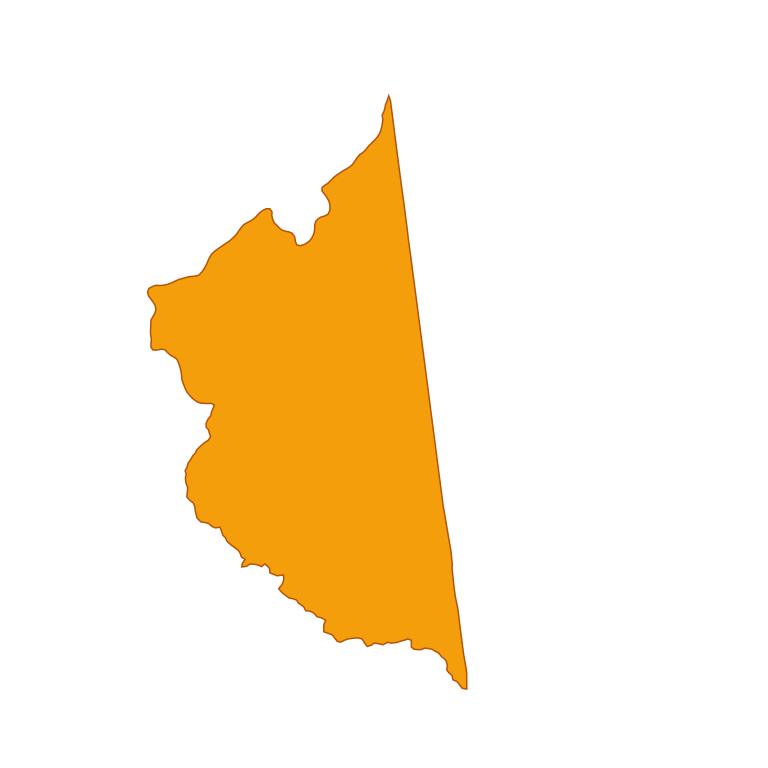 Ninheira, Minas Gerais, Brazil, rotated 36°
{"feature_id": "56859067B21814552382034", "entity_name": "Ninheira", "entity_type": "district", "adm_level": 2, "iso_a3": "BRA", "parent_name": "Brazil", "parent_adm1": "Minas Gerais", "projection": "natural_earth1", "projection_center": [-41.689, -15.315], "detail": "fine", "context": "isolated", "style": "filled", "palette": "amber", "viewbox_px": 768, "rotation_deg": 36, "n_neighbors": 0, "source": "geoboundaries", "source_scale": "gbopen_adm2", "svg_char_len": 3674}
<svg xmlns="http://www.w3.org/2000/svg" viewBox="0 0 768 768"><g transform="rotate(36 384 384)"><path d="M545.0,489.5L537.1,480.6L508.7,452.8L503.6,447.9L478.6,421.5L359.2,295.2L317.1,250.9L311.6,244.9L302.0,234.8L295.0,227.3L282.6,214.4L256.4,186.8L231.6,160.4L222.8,151.1L218.5,148.1L220.0,152.9L221.1,157.4L222.8,160.6L223.8,164.0L224.6,167.8L227.7,170.7L230.5,176.2L232.5,181.1L233.3,184.7L233.4,189.8L232.5,195.5L231.7,200.4L231.5,205.6L230.8,209.1L229.5,212.8L229.2,217.0L229.4,220.8L229.5,224.8L228.6,228.7L227.3,231.8L225.6,235.5L224.5,238.7L223.1,242.3L222.1,245.5L221.4,249.8L220.7,254.4L219.4,257.7L218.3,261.3L220.5,264.3L223.8,265.3L226.5,266.0L229.3,267.2L232.0,268.5L234.8,270.7L238.1,275.3L238.9,279.6L237.2,283.0L234.8,286.2L233.5,289.3L233.2,292.6L234.4,295.9L236.6,299.0L238.7,302.9L239.8,307.8L239.6,312.3L238.0,317.0L235.4,321.0L231.7,322.8L228.5,320.7L225.4,317.6L221.0,316.0L217.2,317.0L214.3,318.4L211.2,319.4L207.9,319.4L204.3,318.6L200.5,318.2L197.3,316.3L194.2,313.7L192.2,310.5L188.7,309.3L185.8,311.3L183.6,315.4L182.6,319.6L182.0,325.0L180.6,329.6L178.8,333.2L177.0,337.1L176.5,341.6L176.5,346.0L176.6,350.2L176.0,354.2L175.0,358.9L173.0,364.2L171.6,368.3L170.0,372.8L168.9,376.4L168.2,380.4L168.8,386.0L170.0,390.7L170.6,395.3L170.9,399.8L170.1,405.0L167.0,408.5L163.7,411.3L161.3,414.1L158.9,417.1L156.5,420.2L154.7,423.4L152.6,427.2L150.4,430.5L147.7,433.5L144.8,436.1L141.8,437.9L139.5,441.0L137.7,444.7L138.6,448.5L141.7,451.1L145.4,452.3L148.7,453.3L152.8,455.1L155.9,458.1L157.2,462.4L157.5,466.0L157.9,469.2L160.6,473.3L163.8,478.2L166.4,481.5L169.3,484.3L171.5,487.9L173.7,491.1L176.9,492.3L179.8,490.5L181.9,488.4L184.0,486.2L187.1,485.0L190.0,485.8L194.7,486.2L198.7,485.7L201.7,485.7L204.9,487.3L208.4,489.9L212.0,492.7L214.5,495.3L218.0,499.3L222.4,502.3L225.5,504.3L229.2,506.3L234.6,507.7L239.0,508.4L243.7,508.2L247.4,507.0L250.2,505.1L252.8,503.5L255.6,501.2L259.0,500.7L260.1,504.3L260.9,508.1L262.4,511.2L262.3,516.0L263.3,520.6L265.7,523.6L269.0,524.1L271.2,526.2L274.6,528.4L274.9,532.6L273.0,537.9L271.8,543.3L271.3,547.5L271.9,550.7L271.5,554.7L272.0,558.6L272.0,563.2L273.6,567.2L274.1,571.1L277.0,573.2L278.5,576.7L281.5,580.1L286.2,583.3L288.6,587.4L290.8,591.2L294.9,592.2L299.8,592.4L303.3,594.6L305.3,597.1L308.4,599.7L311.5,602.3L316.9,603.2L320.3,601.4L324.0,599.9L328.3,600.4L332.2,599.5L335.5,596.3L339.2,598.6L342.5,601.1L346.2,601.6L349.1,603.4L352.6,603.9L355.4,604.2L359.4,604.1L364.0,604.2L367.6,605.7L370.5,607.9L374.6,607.4L374.9,612.3L376.4,615.6L379.6,612.7L381.5,608.3L385.3,605.9L389.0,604.3L392.3,603.7L393.3,599.7L396.3,599.7L399.9,600.6L402.9,603.9L407.1,602.7L410.2,602.0L412.4,599.9L414.7,597.8L417.0,599.7L418.8,603.4L419.4,607.4L419.1,611.6L424.6,612.8L428.9,612.9L433.1,612.9L437.0,611.1L440.4,610.2L443.6,611.6L447.5,611.4L450.5,611.6L453.8,613.5L458.0,611.1L462.4,610.6L466.5,611.6L470.7,610.0L475.6,609.3L476.7,613.9L478.8,616.8L480.9,619.9L485.6,618.4L489.8,617.4L493.5,618.6L497.5,619.6L500.6,618.4L502.5,614.7L505.0,611.2L507.2,609.0L509.7,606.7L512.6,604.4L516.4,603.2L520.3,604.9L524.7,606.2L527.3,602.7L528.5,599.2L532.1,597.4L536.6,595.4L538.6,591.0L542.3,589.3L546.0,585.9L548.9,581.9L551.4,578.9L553.0,576.3L556.8,575.3L559.0,578.4L560.8,580.8L564.3,580.9L567.4,579.1L570.1,577.1L572.2,573.7L575.2,572.1L578.6,570.4L582.7,570.1L586.2,569.5L591.1,570.8L594.7,570.8L597.5,571.8L600.6,574.4L603.0,578.6L606.4,579.5L610.4,579.9L613.7,582.8L617.9,581.8L621.7,582.9L626.3,584.2L630.3,582.1L620.6,569.0L618.2,566.4L611.7,560.1L608.0,556.6L600.3,548.5L589.6,537.2L576.3,522.9L566.4,513.8L559.6,506.7L547.7,493.5L545.0,489.5Z" fill="#f59e0b" stroke="#b45309" stroke-width="1.5"/></g></svg>